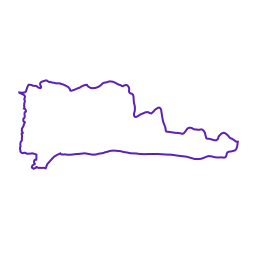 Purulhá, Baja Verapaz, Guatemala (Robinson projection), rotated 183°
{"feature_id": "79465075B41794626766416", "entity_name": "Purulhá", "entity_type": "district", "adm_level": 2, "iso_a3": "GTM", "parent_name": "Guatemala", "parent_adm1": "Baja Verapaz", "projection": "robinson", "projection_center": [-89.998, 15.218], "detail": "fine", "context": "isolated", "style": "outline", "palette": "violet", "viewbox_px": 256, "rotation_deg": 183, "n_neighbors": 0, "source": "geoboundaries", "source_scale": "gbopen_adm2", "svg_char_len": 5683}
<svg xmlns="http://www.w3.org/2000/svg" viewBox="0 0 256 256"><g transform="rotate(183 128 128)"><path d="M238.4,157.8L238.3,157.5L237.1,157.0L235.6,156.4L233.6,155.5L232.8,154.7L232.5,153.6L232.8,152.5L233.1,151.1L232.5,150.0L232.4,148.7L232.9,147.3L232.8,145.9L233.0,144.7L232.5,143.7L232.8,142.4L232.9,142.1L232.6,142.1L231.9,141.6L231.5,141.2L231.2,140.7L231.0,140.3L230.9,140.0L230.8,139.6L230.8,139.1L230.9,138.9L231.3,138.7L231.6,138.6L231.9,138.3L232.0,137.9L232.1,137.6L232.1,137.3L232.0,136.8L232.0,136.1L231.9,135.5L231.9,135.1L231.8,134.7L231.7,134.3L231.7,133.9L231.8,133.5L231.9,133.1L232.1,132.8L232.2,132.5L232.4,132.3L232.7,132.0L232.9,131.9L233.0,131.5L233.0,131.0L232.9,129.8L232.8,129.4L232.7,129.1L232.3,128.9L232.0,128.8L231.8,128.7L231.4,128.5L231.3,128.1L231.4,127.8L231.8,127.1L232.0,126.5L232.1,126.3L232.2,125.9L232.3,125.5L232.4,125.1L232.5,124.7L232.6,124.2L232.8,123.8L233.1,123.3L233.5,122.6L233.7,122.1L233.9,121.7L233.9,121.0L233.9,119.4L233.8,119.2L233.6,118.8L233.5,118.6L233.3,118.4L233.0,118.1L232.8,117.7L233.0,117.2L233.4,116.9L233.9,116.8L233.9,116.3L233.8,116.0L233.7,115.7L233.5,115.1L233.4,114.7L233.4,114.2L233.4,113.9L233.4,113.3L233.5,112.8L233.5,112.5L233.5,112.0L233.4,111.6L233.3,111.2L233.3,110.8L233.3,110.3L233.5,109.8L233.6,109.5L233.7,109.3L234.0,109.1L234.2,108.8L234.4,108.4L234.6,107.5L234.7,106.5L234.7,105.8L234.6,105.3L234.5,104.8L234.4,104.4L234.3,104.0L234.4,103.7L234.7,103.1L234.8,102.8L234.8,102.5L234.8,102.2L234.8,101.8L234.7,101.4L234.6,101.0L234.4,100.5L234.3,100.3L234.3,99.8L234.3,99.2L234.2,98.9L234.0,98.6L233.7,98.3L233.3,98.0L232.9,97.7L232.5,97.5L232.2,97.4L231.7,97.4L231.3,97.4L230.9,97.5L230.5,97.8L230.1,97.9L229.7,97.9L229.3,97.8L228.9,97.7L228.5,97.4L228.2,97.3L227.8,97.1L227.6,97.1L227.3,97.0L225.3,97.2L224.2,97.3L223.6,97.4L223.2,97.5L222.9,97.6L222.6,97.7L222.3,97.7L222.1,97.7L221.7,97.7L221.4,97.5L221.0,97.4L220.7,97.3L220.3,97.3L219.9,97.3L219.5,97.2L219.3,97.1L218.9,96.9L218.3,96.7L218.0,96.5L218.0,96.2L218.0,95.8L217.9,92.4L217.9,91.9L218.0,91.5L218.4,91.4L218.7,91.4L218.9,91.5L219.3,91.4L219.5,91.2L219.8,90.6L220.0,90.2L220.0,89.7L220.1,89.4L220.1,89.1L220.0,88.7L219.9,88.4L219.7,88.2L219.5,87.9L219.3,87.7L219.2,87.3L219.3,87.0L219.7,86.8L220.2,86.5L220.7,86.2L221.0,86.0L221.3,85.7L221.5,85.5L221.6,85.2L221.8,84.6L222.0,83.9L221.9,83.4L221.6,83.3L221.2,83.2L220.8,82.8L220.5,82.6L220.3,82.4L219.9,82.4L219.5,82.7L219.2,82.9L218.8,83.0L218.5,83.1L218.3,83.2L218.0,83.4L217.8,83.6L217.7,83.9L217.5,84.2L217.2,84.3L216.9,84.2L216.6,84.0L216.4,83.8L216.1,83.7L215.7,83.6L215.3,83.5L215.0,83.5L214.8,83.5L213.7,83.6L212.2,83.6L210.6,83.8L210.2,83.8L209.7,83.8L209.4,83.7L209.1,83.7L208.8,83.6L208.6,83.5L208.3,83.4L208.1,83.4L206.7,87.7L201.9,93.7L200.1,95.7L199.8,95.9L197.1,97.6L194.2,99.1L193.4,98.2L191.1,98.1L189.7,98.4L186.9,98.1L184.3,98.3L181.9,98.6L178.5,99.3L175.2,99.6L169.9,100.5L162.7,99.6L160.1,99.6L157.9,100.1L155.9,100.8L151.3,101.7L149.6,102.6L147.6,103.1L144.7,104.2L141.1,104.7L134.4,104.5L130.6,103.7L128.6,103.6L123.9,102.9L118.2,103.0L115.8,102.7L109.7,102.7L109.0,102.9L97.5,103.6L87.7,103.5L83.0,103.6L77.1,103.0L67.9,102.4L60.1,100.6L56.6,100.6L53.9,101.0L52.5,101.4L49.6,102.7L48.7,103.2L47.9,103.5L46.6,104.0L45.2,104.3L44.5,104.0L43.1,104.1L40.7,103.5L37.8,103.2L32.9,103.6L30.9,103.4L29.7,103.7L29.4,103.8L29.2,104.0L29.0,104.3L28.8,104.6L28.3,105.7L28.0,107.7L27.5,108.8L26.9,109.2L25.6,109.7L23.8,110.0L20.0,111.2L18.8,112.6L18.0,115.3L17.6,120.1L19.2,120.0L19.9,120.4L21.9,121.8L22.8,122.2L23.8,122.8L25.0,123.1L25.9,123.6L26.4,124.1L27.3,125.2L28.6,126.5L29.2,126.8L30.1,127.5L31.3,128.1L32.3,128.2L33.4,127.8L34.4,127.3L35.2,126.4L36.0,125.5L36.6,124.9L37.2,124.0L37.3,122.7L37.7,121.7L39.2,120.4L40.5,120.3L42.2,120.5L45.5,121.4L47.2,121.5L48.5,121.5L48.8,121.6L49.1,121.8L49.4,122.2L49.8,123.6L50.1,124.3L51.0,127.3L52.0,128.9L53.3,130.1L54.7,130.5L57.1,129.9L60.7,130.1L61.8,130.1L64.4,131.3L65.7,131.5L66.6,131.5L67.8,131.1L68.7,130.4L70.8,127.2L72.2,125.5L73.5,125.0L74.7,125.2L75.6,125.5L78.6,125.7L80.0,125.6L87.2,126.3L89.3,126.4L89.7,126.6L89.9,126.9L90.1,127.4L90.8,130.6L91.9,133.2L92.5,134.5L92.7,134.8L93.1,135.9L93.6,137.8L94.1,139.5L94.4,140.7L95.0,143.7L95.4,145.4L95.7,147.1L95.9,147.8L96.4,149.0L97.6,150.0L98.8,149.9L100.7,148.7L102.2,147.4L102.7,146.7L104.4,144.7L105.6,143.8L107.1,144.0L108.8,144.9L110.3,144.8L112.3,144.2L113.8,143.3L115.8,142.5L120.0,139.6L120.8,139.4L121.5,139.5L121.9,139.6L122.4,140.4L122.7,141.2L122.8,142.5L122.1,145.6L122.2,149.2L122.6,151.0L123.2,152.9L123.7,155.2L123.8,156.6L124.2,159.9L124.7,161.3L125.3,162.0L125.9,162.4L127.7,162.8L128.6,163.7L128.9,164.6L128.9,167.4L129.1,168.3L130.1,169.8L131.0,170.6L131.9,170.9L133.8,170.4L134.7,169.9L135.2,169.5L136.2,169.6L137.7,170.4L140.0,171.0L143.5,172.7L146.0,173.5L149.0,173.6L151.3,172.7L151.9,172.4L153.8,172.1L155.0,171.6L155.9,171.0L157.6,169.1L159.8,167.5L162.2,166.5L162.7,166.3L163.9,166.1L165.7,165.9L167.2,166.0L168.5,166.6L169.8,167.2L170.6,168.0L171.3,169.0L173.5,168.6L176.6,167.1L178.3,165.8L181.5,164.5L183.0,163.6L184.5,163.0L186.6,162.2L187.7,162.5L188.0,163.7L189.7,165.7L193.3,167.4L195.8,168.3L197.4,168.5L197.8,168.9L200.5,169.0L202.2,168.8L204.5,169.3L205.2,169.3L207.1,169.6L207.9,170.0L208.7,169.8L209.9,170.1L211.8,171.3L213.6,170.9L216.3,169.8L217.2,169.3L217.4,169.0L218.0,168.2L218.1,167.2L218.0,166.6L217.4,165.6L217.3,165.1L217.0,164.9L217.0,163.9L217.4,163.3L219.3,163.5L220.1,164.0L220.9,164.7L222.1,165.2L225.0,165.2L226.8,165.9L229.3,166.1L230.1,165.1L230.3,164.6L230.4,164.1L231.1,162.1L231.1,161.5L231.6,160.4L231.7,159.3L233.0,158.1L235.5,157.7L238.4,157.8Z" fill="none" stroke="#5b21b6" stroke-width="2"/></g></svg>